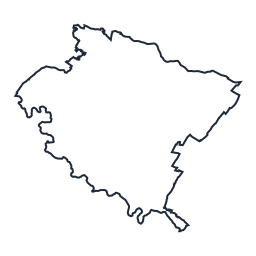 outline of Vagiulesti, Gorj, Romania
{"feature_id": "2599482B50580940662948", "entity_name": "Vagiulesti", "entity_type": "district", "adm_level": 2, "iso_a3": "ROU", "parent_name": "Romania", "parent_adm1": "Gorj", "projection": "mercator", "projection_center": [23.109, 44.721], "detail": "fine", "context": "isolated", "style": "outline", "palette": "slate", "viewbox_px": 256, "rotation_deg": 0, "n_neighbors": 0, "source": "geoboundaries", "source_scale": "gbopen_adm2", "svg_char_len": 5698}
<svg xmlns="http://www.w3.org/2000/svg" viewBox="0 0 256 256"><path d="M171.2,191.4L173.7,186.7L174.1,185.5L173.9,184.6L174.5,184.4L174.7,183.7L174.5,183.3L175.4,182.9L175.8,181.2L177.1,179.4L177.7,177.8L178.4,176.9L179.2,176.6L182.5,171.9L179.3,170.4L179.0,170.3L178.6,171.3L175.2,170.5L177.1,167.7L175.1,167.4L172.2,166.0L175.5,160.6L176.9,159.0L179.6,154.0L178.2,153.2L171.9,152.2L175.8,144.5L176.5,144.7L177.9,142.3L179.8,141.8L180.0,142.8L179.6,144.8L182.7,145.2L187.4,137.2L190.1,134.7L191.3,136.1L193.0,137.4L199.4,141.2L200.3,140.3L200.7,140.7L205.8,136.7L207.5,134.8L207.2,133.7L207.4,133.1L210.6,129.5L211.9,127.1L214.8,123.8L215.6,123.6L218.8,118.1L219.0,118.2L222.2,114.1L222.6,114.0L223.9,112.1L225.7,113.9L227.9,111.1L229.7,108.0L230.4,108.4L231.7,107.7L234.5,105.1L236.0,103.0L237.8,99.5L239.4,95.1L235.9,93.4L231.5,90.7L236.1,85.4L238.0,85.4L240.6,82.0L236.1,82.5L233.3,81.9L227.8,78.6L228.2,77.9L226.0,76.2L221.3,75.1L212.8,70.7L211.1,71.0L210.7,71.6L207.6,71.8L204.8,72.8L198.1,71.1L193.2,71.3L191.6,71.0L188.2,71.1L184.8,67.4L180.6,65.0L179.5,62.8L178.0,61.0L177.0,60.8L172.4,61.4L170.9,61.1L167.8,61.9L166.1,61.6L164.1,60.2L163.4,59.3L162.9,58.0L161.1,56.5L160.4,53.2L158.6,50.0L157.4,46.1L156.2,44.6L155.0,43.7L153.8,43.5L147.6,44.1L143.9,42.6L140.9,42.0L139.9,41.4L137.2,41.0L134.7,41.1L132.8,40.4L131.4,39.0L130.4,38.3L129.6,37.0L125.1,36.6L122.7,35.5L121.6,33.9L121.4,34.2L120.4,33.9L120.8,32.8L120.3,32.4L118.2,32.3L115.4,30.9L112.3,31.7L112.1,33.7L111.7,33.9L110.8,39.9L108.5,37.6L108.3,37.2L106.8,36.0L106.3,34.9L103.9,33.7L102.7,31.8L103.2,31.6L103.9,32.6L104.4,32.1L104.3,31.1L104.5,30.5L103.2,30.1L103.2,28.9L102.3,28.5L100.9,28.6L100.5,29.8L97.5,29.2L94.8,29.4L94.2,29.0L90.7,28.5L87.5,26.6L84.6,25.4L84.7,25.8L83.8,28.5L80.8,27.7L78.8,25.5L77.6,24.8L77.0,25.3L74.0,25.5L73.4,27.8L74.3,28.1L75.7,27.9L76.6,28.4L77.1,28.9L76.6,29.8L75.9,29.9L74.9,30.9L74.4,30.7L74.1,30.2L73.8,30.2L73.6,32.1L73.3,32.2L73.1,32.8L73.6,36.5L75.1,37.8L76.4,38.2L78.1,40.4L78.8,40.1L79.3,40.7L76.4,45.3L76.6,45.5L75.8,47.3L76.9,48.0L75.5,50.2L76.5,51.4L78.4,49.4L79.6,49.9L80.6,49.8L81.5,50.3L81.1,51.2L82.5,51.4L82.3,51.9L82.4,52.8L84.7,52.6L85.6,53.0L85.0,54.2L84.3,54.9L83.7,54.3L83.2,54.4L80.0,56.9L79.2,56.4L78.7,57.5L78.0,57.9L79.2,58.6L79.3,59.5L78.1,59.7L77.5,58.4L77.3,59.1L76.8,59.2L76.6,58.6L75.8,58.2L75.5,58.5L74.8,58.3L73.4,57.1L70.4,59.2L69.5,60.7L68.2,61.5L67.2,61.7L66.8,61.3L66.0,61.9L71.8,66.0L70.3,67.6L71.3,68.3L69.9,70.4L67.8,71.4L66.4,72.8L64.9,72.4L64.5,70.9L63.8,70.1L60.2,70.2L58.3,69.6L56.4,68.4L54.4,67.5L51.3,67.5L46.1,66.4L44.1,67.6L41.7,68.2L39.7,70.1L36.0,72.6L35.4,73.4L34.8,73.6L34.4,74.6L33.7,74.9L29.8,78.1L29.1,79.3L28.8,79.0L25.7,81.7L23.2,83.2L16.7,92.5L17.2,93.0L15.4,95.9L19.3,96.4L20.5,97.6L21.6,99.2L21.7,100.6L21.3,101.5L21.0,101.9L18.9,102.3L18.7,102.5L18.6,103.2L21.4,106.1L21.5,107.4L23.2,108.7L24.4,108.4L25.2,109.1L25.5,111.3L26.9,114.0L27.0,116.0L27.8,117.2L29.5,117.4L31.0,116.4L31.6,115.5L31.8,115.1L31.6,113.3L31.9,111.4L31.8,109.7L32.4,108.5L33.4,107.8L34.0,107.7L35.0,108.1L36.5,109.2L37.7,111.4L38.6,112.0L39.9,112.2L40.6,111.5L39.8,108.4L40.2,107.1L42.1,106.5L43.1,106.5L45.6,108.1L46.0,108.8L45.7,110.3L46.2,112.2L47.1,112.5L48.5,112.2L50.1,112.7L51.0,115.7L50.5,117.9L51.5,118.9L51.0,121.5L50.2,122.1L49.1,122.3L47.8,122.1L44.9,122.4L42.3,121.9L39.8,123.7L38.9,124.9L38.9,125.9L40.7,127.5L40.8,128.4L40.3,130.3L41.5,132.8L42.5,133.4L44.2,133.7L46.8,133.6L48.1,134.8L50.7,135.2L52.7,137.0L53.2,138.0L53.4,140.6L53.7,141.4L53.4,142.1L49.0,142.7L48.7,142.5L48.2,141.4L47.6,141.3L47.0,142.0L46.9,142.7L45.7,143.7L45.7,144.4L46.3,146.9L45.8,148.5L44.9,150.0L45.9,151.6L47.9,151.9L48.7,152.7L50.5,153.4L53.4,156.4L55.4,157.8L57.7,158.5L61.8,158.7L62.3,158.5L63.2,157.2L63.6,157.1L64.6,157.5L67.2,159.5L67.3,160.6L67.8,161.4L68.2,161.8L69.5,162.0L69.9,162.6L71.3,165.6L71.4,166.3L71.2,168.4L72.3,168.9L72.5,169.4L73.0,171.9L72.5,172.2L72.1,172.9L71.3,173.4L71.1,175.4L71.8,176.2L73.1,176.9L75.0,176.5L76.2,177.1L78.4,177.7L80.9,176.8L81.7,175.9L82.3,175.6L84.2,175.1L84.8,175.4L87.3,177.8L87.2,178.6L86.5,180.4L87.6,182.6L90.9,185.5L92.5,185.9L93.3,186.9L93.7,188.1L93.7,189.6L93.3,190.1L92.4,190.6L92.1,191.0L92.4,191.6L93.0,191.7L96.0,190.8L98.1,191.0L100.8,190.0L105.0,190.1L106.6,191.2L107.5,194.8L109.0,195.8L111.9,195.6L113.2,194.5L115.0,193.7L115.5,192.9L115.8,192.8L116.6,192.8L119.2,193.9L119.6,194.3L120.2,196.0L125.7,200.2L129.0,205.9L129.1,206.9L127.8,212.4L128.3,214.6L129.0,215.3L131.1,216.2L131.8,216.0L132.5,215.3L132.6,213.5L132.8,213.2L135.1,212.4L136.6,209.5L139.0,208.2L140.4,208.8L141.7,210.3L142.1,211.9L141.4,213.0L140.2,213.8L139.1,215.2L138.0,216.0L137.6,217.4L137.6,218.3L138.2,220.3L138.3,221.4L138.6,222.2L139.2,222.8L140.9,223.7L141.2,223.6L142.6,221.9L143.2,220.6L143.1,219.7L143.5,218.3L143.5,216.6L144.6,215.7L146.0,215.4L149.8,212.8L150.6,210.7L151.4,209.9L154.6,210.9L157.0,211.0L160.4,212.7L161.5,212.9L163.4,211.9L165.0,212.0L165.5,212.4L167.2,215.6L168.9,217.3L169.7,218.6L171.4,220.2L172.3,221.4L172.8,222.7L174.3,223.9L175.1,225.0L175.5,226.5L176.5,227.5L178.0,227.7L179.5,228.4L179.8,229.0L179.3,231.2L180.6,231.2L181.1,230.5L183.4,230.1L185.2,228.1L185.7,227.2L186.0,226.0L188.3,225.2L184.7,221.7L184.1,220.7L181.9,219.5L178.8,217.0L178.1,217.4L177.7,216.9L176.5,216.6L176.1,215.8L176.5,215.5L176.3,215.2L176.4,214.8L174.7,213.2L173.2,212.9L172.0,212.3L170.9,212.6L170.8,212.3L171.8,210.4L171.3,210.4L170.3,209.7L168.6,209.5L168.8,210.5L167.3,209.9L166.9,210.1L166.3,209.5L166.0,208.5L165.5,208.3L165.3,207.6L164.5,207.8L163.5,208.5L164.0,207.5L164.5,207.1L165.6,204.1L166.4,201.7L166.7,199.2L167.2,198.5L167.2,196.4L167.8,195.2L171.2,191.4Z" fill="none" stroke="#1e293b" stroke-width="2"/></svg>